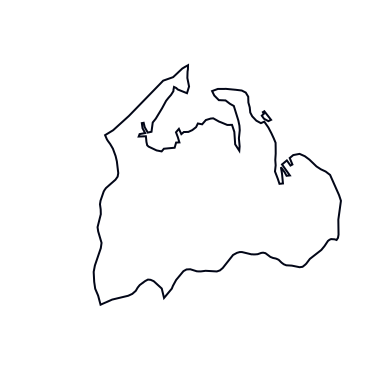 an SVG outline of Aichi, rotated 154°
{"feature_id": "JPN-1840", "entity_name": "Aichi", "entity_type": "Prefecture", "adm_level": 1, "iso_a3": "JPN", "parent_name": "Japan", "parent_adm1": "", "projection": "natural_earth1", "projection_center": [137.132, 34.981], "detail": "fine", "context": "isolated", "style": "outline", "palette": "ink", "viewbox_px": 384, "rotation_deg": 154, "n_neighbors": 0, "source": "natural_earth", "source_scale": "10m", "svg_char_len": 2670}
<svg xmlns="http://www.w3.org/2000/svg" viewBox="0 0 384 384"><g transform="rotate(154 192 192)"><path d="M245.2,281.2L235.8,282.1L215.4,288.0L169.1,304.7L158.6,303.5L146.7,307.2L143.6,307.5L140.0,307.7L141.8,304.2L143.2,302.2L146.2,296.5L148.4,288.1L153.2,283.0L159.8,290.3L160.6,292.4L162.1,294.3L163.9,291.9L164.5,290.8L168.2,288.5L172.0,286.9L175.3,285.3L182.3,280.3L192.4,273.8L196.8,271.7L202.0,263.9L205.7,264.8L206.1,270.9L205.1,275.4L206.9,275.9L208.5,271.0L208.3,265.5L213.7,267.0L215.6,265.2L209.0,262.3L211.0,257.0L211.8,253.6L211.1,251.8L205.6,244.9L201.5,241.8L198.3,243.2L193.5,241.4L188.2,239.4L184.6,243.4L181.6,242.1L180.7,247.4L180.2,252.7L176.1,254.5L176.2,248.7L173.0,249.5L169.0,247.6L164.6,247.5L159.9,248.5L156.7,251.0L153.2,248.4L148.0,250.6L143.0,249.8L140.6,248.9L136.8,243.4L135.3,241.8L130.9,236.8L126.6,234.8L127.6,227.5L132.3,215.9L131.4,208.4L129.2,212.1L126.3,219.7L122.0,226.6L120.3,230.8L119.0,236.0L116.7,251.0L119.2,254.6L121.7,259.6L127.6,262.8L129.7,269.0L129.7,273.9L123.6,273.3L116.1,269.7L107.9,264.7L102.8,261.4L100.1,257.8L99.7,253.0L102.1,247.7L103.0,242.8L104.8,237.9L104.7,233.6L102.9,227.9L99.9,223.7L96.2,223.5L95.1,216.6L94.9,209.8L95.0,204.4L95.3,199.6L97.6,194.7L100.0,189.7L103.1,184.3L105.1,179.3L108.4,174.1L109.1,166.2L109.8,161.0L106.5,159.8L103.1,168.9L101.2,175.3L100.1,169.2L99.9,165.1L96.8,164.0L99.0,177.3L92.9,178.8L91.9,172.6L89.7,172.7L89.3,179.7L84.8,180.8L78.6,179.1L74.9,174.7L72.3,169.7L68.9,160.4L66.2,155.9L62.9,151.8L60.4,146.8L61.2,124.7L62.0,118.8L72.6,103.0L79.0,89.4L80.9,86.8L83.1,85.5L84.5,86.9L87.6,88.7L89.3,88.8L91.3,88.4L96.6,85.3L101.2,83.2L115.4,80.2L120.7,77.5L122.3,77.0L125.4,76.3L128.2,77.2L134.6,82.1L139.4,84.8L141.2,86.8L142.5,89.3L143.8,93.0L144.8,94.3L145.9,95.5L148.1,97.2L150.0,99.3L152.8,104.8L154.7,106.3L156.5,106.9L160.2,107.3L163.0,108.4L166.0,110.0L173.4,116.1L175.5,117.1L178.3,117.6L182.7,117.4L197.7,110.2L201.3,109.3L204.5,109.7L214.3,115.2L219.0,116.8L222.3,118.5L227.4,123.3L230.9,124.8L234.4,124.6L244.8,119.9L250.3,116.0L252.5,114.0L263.6,109.0L261.5,118.5L265.5,128.6L267.7,131.2L270.0,132.6L273.1,132.5L279.7,131.3L282.7,129.9L285.9,127.8L290.3,126.6L294.8,126.7L310.9,130.3L323.6,130.8L321.8,140.0L321.4,147.5L319.3,154.1L315.4,163.3L311.5,168.5L298.6,181.5L295.6,185.9L293.6,197.7L292.3,201.8L283.7,212.0L281.7,216.4L280.1,221.3L278.0,224.3L271.1,231.2L269.4,232.3L267.5,233.3L255.4,236.6L252.1,238.4L250.0,241.3L246.1,252.5L244.9,257.8L244.1,265.6L244.5,270.9L245.2,274.8L245.4,276.6L245.2,281.2L245.2,281.2ZM89.3,222.2L92.3,222.2L95.2,226.3L95.8,230.0L93.2,230.8L93.3,232.7L91.6,232.9L89.3,222.2Z" fill="none" stroke="#020617" stroke-width="2"/></g></svg>